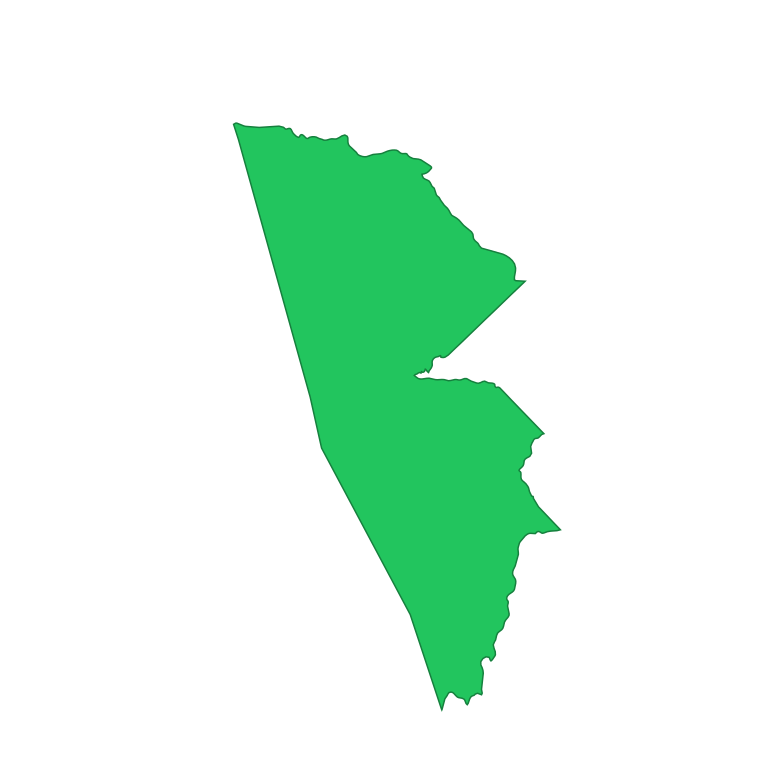 the border of Acre, rotated 226°
{"feature_id": "BRA-576", "entity_name": "Acre", "entity_type": "State", "adm_level": 1, "iso_a3": "BRA", "parent_name": "Brazil", "parent_adm1": "", "projection": "natural_earth1", "projection_center": [-70.836, -9.13], "detail": "fine", "context": "isolated", "style": "filled", "palette": "green", "viewbox_px": 768, "rotation_deg": 226, "n_neighbors": 0, "source": "natural_earth", "source_scale": "10m", "svg_char_len": 4670}
<svg xmlns="http://www.w3.org/2000/svg" viewBox="0 0 768 768"><g transform="rotate(226 384 384)"><path d="M443.9,551.5L442.4,551.5L432.6,552.6L430.0,552.0L427.0,549.8L425.7,549.2L423.5,549.0L420.3,549.3L418.8,549.1L417.3,548.6L414.0,548.5L394.8,559.7L391.6,560.9L387.7,561.8L383.6,562.0L379.7,561.3L376.0,559.2L374.0,557.1L370.5,552.3L368.4,550.2L366.7,550.6L359.9,556.9L359.9,549.4L360.0,537.7L360.0,526.0L360.0,514.3L360.1,502.6L360.1,490.9L360.1,479.2L360.1,467.5L360.2,459.9L360.2,455.8L360.2,450.3L360.9,446.6L361.4,445.7L362.0,444.9L362.8,444.2L363.6,443.6L364.0,443.6L364.8,444.3L365.3,444.2L365.6,443.7L365.8,442.5L366.1,442.0L367.1,440.4L367.7,438.9L367.8,437.1L367.3,435.2L366.4,433.9L364.0,431.8L363.2,430.4L362.6,428.7L362.1,425.7L361.3,424.0L361.7,423.9L363.8,423.9L364.2,424.0L365.3,424.2L366.0,424.0L364.9,421.8L365.1,420.7L365.8,419.8L366.8,419.5L366.6,419.2L366.4,418.5L366.2,418.2L367.7,417.4L368.1,416.3L368.3,414.7L369.1,413.1L369.2,412.9L369.1,411.7L365.8,412.1L364.3,412.4L362.7,413.3L361.1,414.9L358.3,418.8L356.8,420.5L351.6,423.9L350.0,425.3L347.0,428.8L345.4,430.3L341.5,432.7L340.2,434.4L337.9,438.2L337.0,439.1L335.0,440.5L334.1,441.4L333.4,442.5L332.4,444.8L331.8,445.9L330.4,447.2L325.5,448.7L320.2,451.4L318.9,452.5L317.9,454.5L317.2,456.7L316.1,458.4L312.3,459.9L309.5,462.4L308.0,463.3L306.9,463.4L306.2,463.0L305.6,462.4L304.8,462.1L303.7,462.2L303.2,462.7L302.9,463.4L302.1,464.2L300.7,464.6L297.8,464.6L283.7,464.5L269.6,464.5L255.5,464.5L241.4,464.5L237.2,464.5L238.1,462.5L238.1,460.9L238.0,459.3L238.1,457.4L238.6,456.5L239.8,454.8L240.0,453.6L239.8,452.7L239.1,450.8L238.9,449.8L237.2,446.1L231.7,442.1L230.7,438.6L231.7,435.1L231.9,433.4L231.5,431.7L229.3,428.8L228.6,427.3L228.4,425.3L228.5,422.7L228.4,421.8L227.9,421.0L227.1,421.0L226.2,421.1L225.4,421.0L224.0,419.9L221.8,417.7L220.2,416.7L218.6,416.4L213.8,416.8L210.3,416.3L208.8,415.8L205.5,413.9L202.3,412.8L200.8,412.4L200.5,412.5L199.8,413.0L199.5,413.1L199.0,412.9L198.3,412.3L197.9,412.0L188.3,409.8L156.6,409.6L158.3,406.6L162.4,401.7L164.3,398.9L165.6,395.9L166.4,394.5L167.4,393.8L168.5,393.6L169.8,393.2L170.8,392.5L171.3,391.4L171.3,388.9L174.9,385.6L175.8,384.4L176.4,382.7L176.7,379.9L175.9,372.2L175.4,370.7L173.2,366.9L172.2,365.7L169.3,363.4L168.1,362.3L162.0,352.0L160.6,348.1L159.7,346.4L158.3,344.8L156.8,343.9L152.2,342.8L150.6,341.8L149.1,340.2L145.7,335.2L145.2,333.6L145.2,331.9L145.9,327.8L145.8,325.9L145.3,324.3L144.1,322.9L143.4,322.6L141.8,322.4L141.0,322.0L140.2,321.2L138.9,319.2L138.1,318.4L131.8,314.4L130.7,313.2L130.1,311.4L129.7,307.7L129.0,305.2L126.7,301.7L125.7,299.6L125.5,297.9L125.9,294.5L125.9,292.7L125.0,290.5L122.4,286.5L121.8,284.4L120.5,281.4L117.5,279.6L114.2,278.1L111.8,276.0L111.3,274.7L110.4,270.3L110.5,268.6L111.7,268.7L114.3,269.8L116.9,267.9L117.8,264.4L117.0,260.7L114.6,258.5L111.7,257.5L109.2,256.2L107.0,254.5L96.6,242.0L93.4,239.9L92.7,238.3L95.4,237.0L96.5,236.5L97.5,234.4L97.5,232.5L98.2,231.1L98.6,229.5L98.1,227.2L95.8,222.7L95.5,221.1L97.2,221.1L100.5,222.5L101.9,222.6L103.7,221.9L106.6,219.8L107.9,219.3L110.0,219.2L113.1,219.3L114.6,219.0L115.9,218.2L116.9,216.3L116.6,214.6L116.0,212.9L115.2,209.0L109.7,199.9L109.4,199.2L110.4,199.6L199.9,242.7L381.3,294.6L426.0,321.9L660.9,449.1L675.3,456.2L675.0,457.2L674.8,458.2L674.4,458.9L673.6,459.5L667.1,462.4L665.6,463.3L655.2,472.5L642.4,487.6L638.7,489.9L637.9,490.1L636.2,490.2L635.4,490.5L634.9,491.3L634.4,492.3L633.8,493.3L632.8,494.0L631.5,494.0L628.4,493.0L627.0,492.8L623.7,492.9L621.9,493.3L620.7,493.9L620.6,494.7L621.1,496.7L620.9,497.6L620.3,498.2L619.5,498.5L618.6,498.7L615.1,498.8L614.4,499.0L613.5,499.8L613.3,500.5L613.3,501.3L612.9,502.3L611.8,504.0L610.4,505.5L608.8,506.7L605.6,507.9L602.8,509.5L601.2,510.1L600.0,511.3L599.1,512.5L597.6,515.4L596.6,516.8L594.2,519.0L593.3,520.1L592.4,522.8L591.7,526.1L590.3,528.8L587.7,529.6L586.1,528.9L583.1,526.1L581.5,525.1L580.4,524.7L579.2,524.5L569.8,525.0L567.6,524.6L566.3,524.8L564.9,525.3L562.5,526.6L560.7,528.1L559.5,529.6L556.7,535.6L552.3,541.1L551.2,542.8L549.1,548.2L548.0,550.2L546.7,552.2L545.2,553.9L543.6,555.3L542.2,555.9L538.5,556.3L537.0,557.2L534.5,559.9L533.4,560.3L532.0,560.0L530.7,560.0L529.4,560.2L526.0,561.5L521.9,564.9L519.7,566.2L508.5,568.8L507.1,568.8L506.4,568.3L506.2,567.5L505.9,563.7L506.3,561.3L507.2,559.1L508.5,557.0L507.2,556.2L504.8,555.4L502.7,555.9L500.6,556.8L498.6,557.4L496.7,557.1L492.9,555.9L491.1,556.0L490.7,556.1L490.0,556.1L489.7,556.0L483.8,553.1L482.6,552.9L479.8,553.2L476.9,552.4L470.7,551.5L466.3,551.7L463.4,551.2L460.8,550.4L458.2,549.9L452.9,551.4L449.8,551.8L443.9,551.5Z" fill="#22c55e" stroke="#15803d" stroke-width="1.5"/></g></svg>